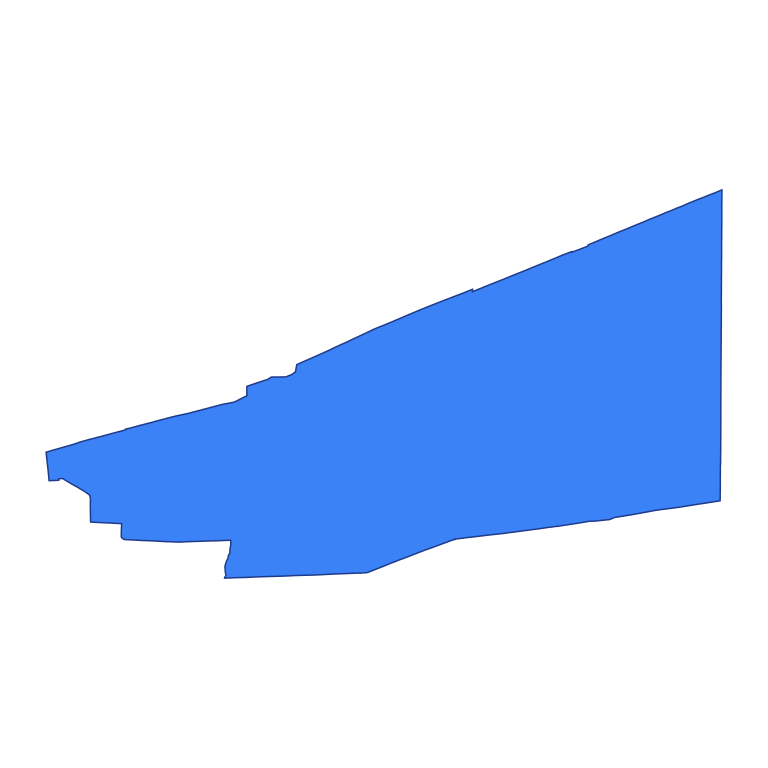 outline of Lam Luk Ka, Pathum Thani, Thailand
{"feature_id": "78962969B96049441570436", "entity_name": "Lam Luk Ka", "entity_type": "district", "adm_level": 2, "iso_a3": "THA", "parent_name": "Thailand", "parent_adm1": "Pathum Thani", "projection": "natural_earth1", "projection_center": [100.778, 13.992], "detail": "fine", "context": "isolated", "style": "filled", "palette": "blue", "viewbox_px": 768, "rotation_deg": 0, "n_neighbors": 0, "source": "geoboundaries", "source_scale": "gbopen_adm2", "svg_char_len": 5906}
<svg xmlns="http://www.w3.org/2000/svg" viewBox="0 0 768 768"><path d="M720.6,463.1L720.6,460.2L720.6,454.8L720.7,452.6L720.7,450.1L720.8,424.9L720.9,422.5L720.8,419.4L720.9,381.1L721.1,346.5L721.2,339.9L721.2,338.0L721.2,334.9L721.2,332.0L721.2,329.3L721.3,326.6L721.3,323.7L721.3,320.6L721.3,316.5L721.3,315.2L721.4,309.1L721.3,300.9L721.3,297.0L721.4,291.9L721.4,283.7L721.5,280.0L721.4,279.3L721.4,276.7L721.5,273.4L721.5,270.3L721.5,266.7L721.5,262.7L721.6,259.2L721.6,255.5L721.6,251.8L721.6,247.7L721.6,243.0L721.6,242.4L721.7,241.7L721.7,241.4L721.7,241.1L721.6,240.6L721.7,236.3L721.7,235.9L721.6,235.5L721.6,235.4L721.8,233.9L721.6,233.3L721.6,233.1L721.7,231.7L721.7,231.4L721.6,231.1L721.6,230.9L721.7,230.7L721.7,230.1L721.7,228.2L721.8,225.2L721.8,218.8L721.8,211.2L721.8,210.2L721.8,209.3L721.8,207.6L721.7,207.1L721.8,206.5L721.8,205.4L721.8,203.6L721.8,202.1L721.9,201.2L721.9,200.8L721.8,199.5L721.9,195.4L721.9,189.9L713.7,193.3L709.9,194.7L705.6,196.5L702.5,197.7L698.5,199.2L694.1,201.0L692.5,201.7L690.1,202.6L689.2,203.0L687.2,203.8L685.8,204.5L683.8,205.4L682.3,206.0L681.0,206.6L677.1,208.0L673.9,209.4L671.1,210.6L666.6,212.3L656.9,216.4L649.7,219.2L645.3,221.2L642.2,222.5L634.7,225.5L628.5,228.1L626.4,229.0L618.6,232.1L613.0,234.5L608.6,236.4L608.1,236.6L606.6,237.1L603.4,238.5L602.3,239.0L601.4,239.3L599.6,240.0L596.8,241.3L594.3,242.3L590.8,243.8L588.2,244.8L588.1,246.1L585.2,247.2L580.2,249.1L571.7,252.3L571.7,251.6L563.0,254.9L552.3,259.4L542.2,263.5L532.3,267.5L524.2,270.9L517.8,273.4L500.6,280.4L491.7,283.9L479.8,288.7L472.4,291.7L472.5,289.3L464.1,292.7L457.5,295.2L446.6,299.4L439.1,302.3L430.7,305.6L422.7,308.8L408.6,314.7L388.9,323.1L378.0,327.5L374.4,329.0L354.4,338.4L350.1,340.4L349.0,341.0L347.2,341.9L341.7,344.3L336.4,346.7L332.0,348.8L327.7,350.9L322.6,353.2L316.2,356.0L315.5,356.3L313.8,357.1L309.0,359.2L306.3,360.4L304.3,361.3L301.5,362.5L296.8,364.6L296.2,367.7L295.5,371.9L295.4,372.0L294.1,372.6L293.9,372.9L293.3,373.5L292.8,373.9L292.3,374.3L286.0,376.8L285.8,376.9L278.9,377.0L271.5,377.0L271.3,377.1L267.0,379.8L266.7,379.8L266.3,379.8L264.9,380.3L261.9,381.3L257.0,382.9L252.6,384.4L246.9,386.3L246.8,395.9L244.6,396.8L243.6,397.4L243.1,397.6L235.1,401.7L233.8,402.1L231.4,402.7L222.3,404.4L221.1,404.7L218.2,405.5L213.1,406.8L207.5,408.3L198.0,410.8L193.5,412.0L192.6,412.2L188.6,413.3L187.2,413.6L176.4,415.9L173.4,416.6L155.4,421.3L152.3,422.3L149.7,422.9L140.8,425.2L140.6,425.2L130.1,428.1L125.6,429.1L125.6,429.8L121.3,431.0L113.7,433.0L109.6,434.1L109.1,434.3L106.5,435.0L104.3,435.5L103.9,435.6L102.4,436.1L100.9,436.5L98.8,437.0L97.4,437.3L96.1,437.7L94.8,438.1L91.6,438.9L88.2,439.7L85.4,440.6L84.6,440.8L81.2,441.7L78.7,442.5L74.6,444.0L63.7,447.1L55.3,449.5L52.5,450.3L46.1,452.2L46.7,458.0L48.1,470.4L48.6,475.6L48.9,479.1L49.1,480.7L56.5,480.4L58.8,480.2L58.8,478.8L60.9,478.6L62.9,478.6L65.2,480.1L66.0,480.6L67.7,481.7L68.4,482.0L70.1,483.1L72.2,484.3L77.8,487.4L84.1,491.2L88.9,494.5L89.2,494.8L89.5,495.2L89.9,496.2L90.3,497.4L90.3,498.2L90.4,498.9L90.4,500.4L90.3,505.7L90.4,511.1L90.6,522.0L96.5,522.4L99.5,522.5L104.2,522.8L107.1,522.9L110.0,523.0L114.4,523.3L121.7,523.6L121.5,526.5L121.4,529.3L121.3,531.7L121.3,535.1L121.3,536.6L121.3,536.9L121.4,537.2L121.6,537.5L122.3,538.2L123.0,538.7L123.5,539.1L124.1,539.4L124.4,539.4L124.8,539.5L125.5,539.6L126.5,539.7L129.7,539.8L142.6,540.5L148.4,540.7L154.9,541.0L160.1,541.3L165.4,541.6L169.5,541.7L172.8,541.9L178.5,542.1L182.5,542.0L185.3,541.8L187.6,541.7L204.8,541.1L210.1,540.9L217.8,540.8L221.2,540.6L226.1,540.4L228.5,540.3L229.7,540.3L230.7,540.3L230.8,541.6L230.7,545.3L230.6,545.8L230.4,546.7L230.2,547.9L230.0,549.0L229.9,551.1L229.8,553.1L229.7,553.5L229.6,553.8L229.1,554.3L228.9,554.6L228.7,554.9L228.5,555.3L228.3,555.9L228.2,556.4L228.2,556.5L228.0,558.3L228.0,558.5L227.9,558.7L227.7,559.1L226.9,560.2L226.8,560.5L226.5,561.2L225.3,564.8L225.2,565.1L225.0,566.4L224.9,567.1L225.0,567.3L225.2,570.5L225.3,572.0L225.4,572.7L225.8,574.4L225.9,574.9L225.9,575.1L225.9,575.3L225.8,575.5L224.7,577.5L224.6,578.1L224.8,578.1L230.1,577.9L231.2,577.9L235.5,577.7L238.3,577.6L244.6,577.5L259.3,576.8L276.4,576.3L283.7,576.1L292.5,575.7L293.7,575.6L294.3,575.5L296.0,575.5L296.3,575.5L315.5,575.0L332.5,574.1L343.5,573.7L357.1,573.1L358.3,573.1L360.5,573.2L362.0,573.0L363.1,572.9L366.4,572.7L367.9,572.4L378.0,568.4L383.7,566.2L388.2,564.3L399.1,560.0L403.3,558.5L426.8,549.4L427.2,549.3L427.8,549.2L429.9,548.4L431.4,547.9L435.5,546.3L437.4,545.6L439.2,545.0L441.3,544.2L447.6,541.9L449.8,541.0L452.4,540.1L452.7,540.1L452.8,540.1L453.5,539.8L453.5,539.7L453.8,539.5L454.2,539.4L454.7,539.4L455.2,539.4L455.2,539.0L458.6,538.7L461.5,538.3L464.2,538.0L466.1,537.7L472.5,537.0L481.7,535.9L485.0,535.5L489.1,535.0L492.9,534.6L496.4,534.2L499.5,533.9L502.1,533.6L502.3,533.5L502.5,533.6L502.9,533.6L503.8,533.4L504.0,533.4L504.8,533.3L506.4,533.1L507.3,532.9L508.5,532.7L511.0,532.4L511.5,532.4L512.8,532.3L513.2,532.2L514.4,532.0L514.8,532.0L515.3,531.9L515.9,531.8L516.8,531.7L517.0,531.6L519.1,531.4L519.5,531.3L520.7,531.1L520.9,531.1L521.8,531.0L522.8,530.9L523.4,530.8L524.6,530.6L525.5,530.5L525.9,530.5L527.1,530.3L528.1,530.2L528.5,530.1L529.9,530.0L531.7,529.7L534.2,529.4L535.5,529.2L537.0,529.0L540.3,528.6L544.4,528.0L548.3,527.4L550.9,527.1L553.3,526.8L555.1,526.5L557.2,526.3L557.9,526.3L561.2,525.7L563.0,525.5L564.0,525.3L564.5,525.2L565.9,525.0L567.6,524.8L584.2,522.2L584.3,522.1L589.8,521.2L594.1,521.2L605.3,520.0L609.5,519.6L614.6,517.5L632.4,514.6L656.4,510.2L675.7,507.7L681.3,506.9L700.0,503.9L704.9,503.2L720.1,500.8L720.1,499.9L720.1,499.0L720.2,497.8L720.2,496.4L720.2,494.5L720.2,493.7L720.2,491.7L720.3,490.2L720.3,488.8L720.3,487.3L720.3,485.5L720.3,483.6L720.3,482.2L720.3,474.9L720.4,472.3L720.3,468.5L720.4,467.0L720.4,465.4L720.5,463.8L720.5,463.6L720.5,463.1L720.6,463.1Z" fill="#3b82f6" stroke="#1e3a8a" stroke-width="1.5"/></svg>